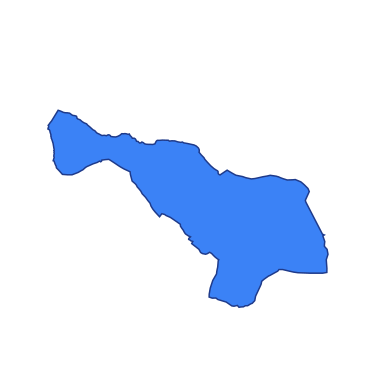 outline of Doguwa, Kano, Nigeria, rotated 307°
{"feature_id": "59680162B97563361057366", "entity_name": "Doguwa", "entity_type": "district", "adm_level": 2, "iso_a3": "NGA", "parent_name": "Nigeria", "parent_adm1": "Kano", "projection": "natural_earth1", "projection_center": [8.639, 10.884], "detail": "fine", "context": "isolated", "style": "filled", "palette": "blue", "viewbox_px": 384, "rotation_deg": 307, "n_neighbors": 0, "source": "geoboundaries", "source_scale": "gbopen_adm2", "svg_char_len": 3755}
<svg xmlns="http://www.w3.org/2000/svg" viewBox="0 0 384 384"><g transform="rotate(307 192 192)"><path d="M237.3,323.5L236.8,321.6L252.5,288.9L253.6,287.5L262.9,285.4L264.6,282.5L265.3,277.6L265.5,275.2L265.6,272.8L264.1,267.0L262.2,264.9L258.9,260.8L257.4,256.6L256.5,253.5L256.2,252.0L256.0,251.6L255.3,249.7L252.4,244.4L250.0,242.4L246.7,239.3L243.0,236.2L240.8,234.3L240.5,234.0L238.2,231.6L235.8,226.4L234.8,223.2L233.8,221.1L231.8,216.9L231.2,212.6L230.6,207.3L230.6,206.9L222.5,204.1L222.3,203.1L222.4,202.0L223.1,201.2L223.8,200.8L224.1,200.2L224.3,199.6L224.1,198.3L223.9,195.4L224.2,191.1L225.1,186.0L225.8,182.6L226.6,180.9L227.2,177.0L228.0,173.7L229.1,173.2L230.2,172.2L231.0,170.6L231.3,167.8L230.8,165.3L227.9,159.0L226.3,155.9L226.1,154.2L224.9,153.2L223.5,150.5L222.5,147.6L220.7,145.0L219.0,143.3L219.1,142.0L217.3,139.5L215.7,137.2L213.8,135.1L212.4,133.2L211.4,132.9L210.1,133.0L208.1,133.4L206.3,132.0L205.0,130.1L203.8,128.5L202.5,126.5L202.0,125.1L202.1,123.6L201.9,122.3L201.5,121.7L200.6,121.7L199.6,120.6L199.7,119.4L199.9,118.5L199.1,117.2L199.6,116.4L200.3,114.9L200.2,113.5L199.0,112.0L199.5,110.9L199.9,108.5L200.6,107.0L199.6,106.3L199.0,104.6L198.3,103.3L197.3,102.3L196.3,100.8L193.8,100.2L191.6,99.1L190.0,97.9L188.6,95.8L187.5,93.7L187.9,92.7L187.8,91.6L187.2,90.6L185.5,89.8L184.5,87.8L182.9,86.1L182.6,84.5L182.4,82.9L181.9,80.9L182.1,79.2L182.5,77.3L182.1,76.0L182.2,74.3L182.5,71.3L182.6,68.4L183.0,66.8L182.3,64.2L182.1,61.8L182.3,59.1L181.6,56.8L181.7,55.7L182.4,55.1L183.0,54.1L182.4,52.4L181.4,50.6L181.3,49.2L181.3,46.8L180.2,44.8L178.9,42.9L178.1,41.1L177.9,39.9L177.4,37.9L176.7,35.9L164.2,37.1L161.7,37.0L159.5,37.1L158.7,37.0L158.5,37.7L158.1,38.0L157.2,38.6L156.6,38.5L156.0,38.8L155.6,39.1L155.5,39.3L155.6,39.6L155.9,39.8L155.8,40.7L155.4,41.5L154.2,42.9L152.8,44.9L151.5,45.8L151.2,46.5L150.4,47.0L149.7,48.3L147.3,51.7L144.0,55.2L142.6,56.7L141.9,56.7L141.3,57.7L140.4,58.0L139.8,58.9L138.7,59.3L137.4,60.1L136.7,61.1L133.4,62.3L133.7,63.4L133.1,64.1L131.6,66.4L130.9,67.9L129.7,69.2L129.0,73.4L128.1,77.9L131.0,82.5L133.5,85.8L139.1,89.3L142.2,90.6L144.1,91.5L147.6,92.2L149.1,92.8L153.6,95.3L154.9,96.0L158.7,98.6L160.9,99.5L161.0,99.6L161.2,100.9L161.4,100.9L161.8,101.1L162.1,101.2L162.5,101.1L163.0,100.7L163.4,101.0L165.7,103.3L168.0,105.9L168.2,107.6L168.6,113.7L168.8,117.7L169.0,120.1L169.5,123.9L170.9,130.4L169.0,132.2L168.1,133.3L164.7,137.6L164.4,141.9L164.0,143.5L163.1,145.2L162.7,147.3L161.9,150.6L160.6,153.3L159.8,158.1L158.6,161.9L157.8,165.2L156.0,167.9L154.7,171.2L153.9,174.4L153.5,176.5L152.7,181.0L156.5,181.0L157.6,183.7L157.6,185.4L158.7,190.0L159.2,202.1L157.8,203.3L157.0,205.4L156.2,208.1L155.5,209.5L154.9,211.0L154.6,212.1L154.8,216.0L155.2,216.9L155.3,217.8L154.3,217.6L153.5,217.4L153.3,217.4L152.7,217.5L152.4,217.6L152.1,217.9L152.3,218.6L152.4,219.4L152.3,220.5L152.6,221.2L152.7,221.6L153.0,222.4L150.6,222.8L150.4,232.0L148.9,235.3L149.1,237.4L150.5,240.3L151.9,241.3L154.5,242.4L154.7,244.7L154.3,247.0L154.0,249.1L153.9,251.5L153.9,253.0L154.0,254.1L152.9,254.3L148.8,256.9L147.3,257.8L145.5,258.6L143.3,259.7L141.3,260.9L133.9,261.8L126.3,264.4L120.8,267.2L118.4,268.9L119.4,272.0L121.7,274.9L121.7,277.4L124.7,285.5L125.0,292.4L126.1,294.3L128.7,296.5L128.5,297.5L128.2,298.9L129.5,300.1L131.3,302.2L133.2,303.0L134.7,304.9L137.7,306.1L138.8,306.7L139.3,307.1L143.0,307.5L147.0,305.5L158.3,303.1L160.2,302.6L162.6,301.4L165.5,302.0L171.3,303.8L171.7,304.2L176.2,306.2L180.4,308.1L182.4,308.1L184.6,311.0L187.3,317.2L189.1,321.2L191.3,325.2L198.2,335.1L205.9,345.3L208.9,348.1L212.2,345.7L215.6,342.7L218.7,340.0L224.1,338.1L227.5,334.4L228.3,330.4L230.2,329.1L232.3,327.9L235.7,322.9L237.3,323.5Z" fill="#3b82f6" stroke="#1e3a8a" stroke-width="1.5"/></g></svg>